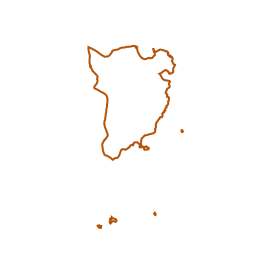 Ilemela, Mwanza, United Republic of Tanzania, rotated 153°
{"feature_id": "72390352B90588253427027", "entity_name": "Ilemela", "entity_type": "district", "adm_level": 2, "iso_a3": "TZA", "parent_name": "United Republic of Tanzania", "parent_adm1": "Mwanza", "projection": "natural_earth1", "projection_center": [32.955, -2.41], "detail": "fine", "context": "isolated", "style": "outline", "palette": "amber", "viewbox_px": 256, "rotation_deg": 153, "n_neighbors": 0, "source": "geoboundaries", "source_scale": "gbopen_adm2", "svg_char_len": 5760}
<svg xmlns="http://www.w3.org/2000/svg" viewBox="0 0 256 256"><g transform="rotate(153 128 128)"><path d="M161.0,114.6L158.8,112.1L156.8,108.8L156.4,107.4L155.9,106.5L154.7,106.9L153.1,107.0L151.7,106.3L150.1,106.5L148.2,107.6L144.4,111.3L143.7,111.3L143.2,111.7L142.6,111.8L141.1,110.7L140.1,109.7L139.6,110.0L138.6,109.7L137.7,110.0L136.9,110.0L136.2,110.5L135.5,110.2L133.6,111.4L132.8,111.3L132.1,111.0L131.5,110.3L130.9,110.5L130.2,111.3L130.2,111.7L129.0,112.2L127.0,111.5L126.0,110.7L125.8,109.5L125.2,108.5L125.0,107.6L125.0,106.7L125.5,106.6L126.3,106.2L126.3,105.3L125.4,104.8L124.5,105.0L123.9,105.4L124.0,106.9L123.7,107.9L123.3,108.9L122.6,109.7L121.6,111.2L120.6,112.5L119.2,112.8L118.0,113.2L116.7,113.8L116.5,113.6L115.2,113.4L113.9,113.0L113.0,112.9L111.6,112.7L110.3,112.3L109.1,112.1L108.0,111.8L105.9,112.1L105.1,113.0L104.5,113.9L104.4,114.8L103.3,115.4L102.9,116.1L102.4,116.3L102.4,117.1L102.2,117.6L102.0,117.9L101.0,118.8L100.8,119.4L100.5,119.5L100.3,119.8L100.0,119.9L99.4,120.4L98.3,120.8L97.9,121.1L96.3,122.0L95.7,122.0L95.0,122.6L94.8,122.9L94.5,123.0L94.4,123.0L93.3,122.4L92.6,122.4L92.3,122.7L91.6,123.1L91.2,124.8L91.0,125.0L90.7,125.4L90.1,125.5L89.9,125.8L89.4,125.9L89.1,125.6L88.9,125.5L88.3,125.9L88.1,126.0L88.0,126.9L87.8,127.1L86.7,126.7L86.5,127.0L86.4,127.6L86.2,127.9L85.7,128.4L85.7,128.6L84.1,129.0L83.9,130.2L82.9,130.3L82.5,130.5L81.8,130.8L81.6,131.1L81.2,131.4L80.8,131.9L80.3,133.1L80.3,133.3L79.2,134.0L78.9,134.4L78.8,134.8L78.6,135.2L77.9,135.9L77.8,136.9L78.0,137.4L78.5,137.8L79.1,138.1L79.1,138.3L78.9,138.7L77.9,139.7L77.8,140.0L78.0,140.6L78.2,140.8L78.2,141.3L78.5,142.2L78.0,142.9L77.6,143.2L77.3,143.2L76.9,143.5L76.5,144.2L76.3,144.4L76.0,144.4L75.3,145.1L74.2,145.2L73.4,145.4L72.7,145.4L72.2,145.7L71.8,146.5L71.7,147.3L71.7,148.3L71.4,149.0L69.9,149.9L69.5,150.3L69.6,150.7L69.8,151.1L70.0,151.2L70.1,151.4L71.3,152.2L71.7,152.7L73.2,153.6L73.8,154.4L74.2,154.7L74.9,156.7L75.1,161.0L75.4,162.1L74.9,162.0L74.1,161.9L73.5,161.8L72.4,162.2L71.9,162.3L71.7,162.3L71.3,162.4L70.1,162.5L69.4,162.6L68.4,162.6L68.2,162.4L67.9,162.0L67.6,162.0L67.4,161.5L67.1,161.3L66.9,160.9L66.6,160.3L66.6,159.8L66.7,159.5L66.5,159.3L66.4,159.1L66.5,158.6L66.4,158.5L66.5,158.1L66.3,157.9L66.4,157.5L66.1,157.3L65.2,157.3L65.1,157.1L64.3,157.0L64.0,156.9L63.8,156.9L63.4,156.9L63.3,157.1L62.9,157.3L62.6,157.3L62.5,157.6L62.3,157.8L61.9,158.0L61.7,158.3L61.2,159.7L60.6,160.7L59.6,161.3L59.1,161.7L58.6,161.9L58.5,162.1L58.0,162.3L57.5,162.9L57.4,163.0L58.1,163.6L58.4,164.2L58.4,164.9L58.5,165.5L58.4,166.4L58.5,167.0L58.5,167.7L56.9,169.0L56.8,169.4L56.8,169.7L56.6,170.0L56.7,170.3L56.7,170.5L56.7,171.2L56.6,171.5L56.9,172.1L57.0,171.8L57.3,171.5L57.7,171.6L58.4,172.8L58.5,173.1L58.4,173.3L58.8,173.9L58.6,174.3L59.1,174.6L59.1,175.0L58.8,175.5L58.8,176.1L58.6,176.1L58.4,176.0L58.3,176.8L58.0,177.0L58.2,177.4L58.1,177.7L58.2,178.0L58.4,178.1L58.5,178.6L58.7,178.8L59.6,179.2L59.8,179.4L59.7,179.7L60.0,180.2L60.6,180.6L60.8,180.9L61.1,181.0L62.8,182.7L64.0,183.4L64.4,183.4L64.8,183.4L65.0,183.2L65.7,183.4L66.6,183.2L67.1,183.3L68.2,183.1L68.5,183.2L69.4,183.7L69.6,184.3L69.5,184.6L69.5,186.1L69.3,187.7L69.5,187.4L70.2,184.9L70.3,182.6L70.8,181.0L71.1,180.6L71.3,180.6L72.6,180.4L73.9,179.6L74.6,179.5L76.3,179.9L76.6,180.1L76.9,180.7L77.7,181.1L78.0,181.1L79.0,181.2L80.4,181.3L81.9,181.7L82.5,182.3L82.8,182.6L83.5,183.8L83.8,183.8L84.3,185.5L84.6,187.0L84.7,190.3L84.6,192.2L83.9,194.3L84.1,195.1L84.6,196.2L84.6,196.3L84.3,196.5L83.9,196.5L83.2,196.2L83.2,196.4L83.5,196.8L84.8,198.0L85.9,198.7L87.1,199.1L87.9,199.2L89.7,199.7L91.6,200.6L93.5,201.1L94.1,201.1L94.7,201.5L95.6,201.7L96.2,202.1L97.6,202.5L99.1,202.7L100.0,202.6L101.0,202.6L102.0,202.7L103.0,203.1L106.4,203.9L106.6,204.0L108.6,202.4L111.2,201.3L112.5,200.9L113.4,200.9L114.7,201.5L116.1,201.8L116.5,202.2L117.4,203.6L118.4,204.9L119.6,207.4L120.3,208.6L120.6,209.6L121.2,210.6L121.9,211.7L122.7,213.0L123.2,213.6L123.7,214.5L124.4,215.3L125.0,216.3L126.0,217.1L126.5,218.0L127.2,216.8L127.9,215.0L128.5,213.0L129.1,209.8L129.6,208.8L130.1,208.3L130.9,206.8L131.7,205.5L132.8,203.5L132.9,202.2L133.9,200.0L133.9,199.7L133.2,199.8L133.6,198.6L133.5,196.7L133.5,195.3L133.7,195.0L133.3,193.7L132.8,192.3L132.5,191.2L132.1,190.0L131.7,188.2L132.0,186.9L132.8,186.5L133.4,185.4L133.4,184.5L133.7,183.9L134.8,182.5L135.5,182.0L137.0,181.1L137.9,180.8L139.0,180.3L139.4,179.9L139.9,179.1L139.8,178.6L137.0,174.9L136.6,173.9L133.7,169.9L132.9,168.2L132.5,166.8L132.6,164.9L133.0,163.4L134.0,161.5L135.4,159.1L135.9,158.7L137.2,156.4L137.9,155.4L138.6,154.8L139.1,154.1L140.0,152.3L140.3,151.7L141.4,150.8L142.5,148.7L143.2,148.1L143.9,147.0L144.4,145.9L145.8,144.9L146.3,144.2L147.3,142.3L147.9,140.3L148.3,137.7L148.4,135.9L148.7,134.4L148.8,132.5L149.2,131.0L149.6,130.3L152.2,128.8L154.5,127.8L154.6,128.0L158.3,125.4L160.1,120.7L160.5,119.4L161.0,116.3L161.0,114.6ZM183.1,51.6L181.7,50.0L180.4,50.4L180.1,51.7L180.4,52.3L182.2,54.2L182.6,54.9L182.9,55.7L183.3,54.7L183.8,54.4L184.4,54.2L184.6,55.3L185.5,55.0L185.3,54.0L185.9,53.4L186.9,52.9L187.1,51.8L186.9,50.9L185.3,51.5L184.5,51.9L183.1,51.6ZM120.9,100.1L119.9,99.8L119.4,100.2L119.1,100.1L118.6,100.6L119.1,101.5L119.8,102.3L120.1,103.4L121.4,103.4L122.2,103.7L123.1,104.6L123.5,104.4L123.0,103.0L123.2,102.5L123.1,101.0L121.4,100.5L120.9,100.1ZM199.2,52.6L198.3,51.6L197.4,51.4L197.3,51.8L196.6,52.6L197.1,52.7L196.9,53.1L197.3,53.3L197.5,53.9L197.9,53.7L198.3,54.0L198.7,54.7L199.4,54.7L199.2,52.6ZM142.6,40.4L143.5,40.0L143.6,39.2L143.5,38.5L143.2,38.0L142.6,38.3L142.4,39.1L142.5,40.0L142.6,40.4ZM81.1,101.8L81.6,101.4L81.7,101.1L81.8,99.9L81.5,99.8L81.1,99.8L80.6,100.0L80.6,100.7L80.7,101.2L80.8,101.5L81.1,101.8Z" fill="none" stroke="#b45309" stroke-width="2"/></g></svg>